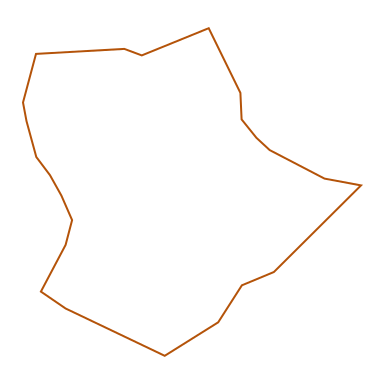 the border of Murska Sobota
{"feature_id": "SVN-1045", "entity_name": "Murska Sobota", "entity_type": "Statistical Region", "adm_level": 1, "iso_a3": "SVN", "parent_name": "Slovenia", "parent_adm1": "", "projection": "mercator", "projection_center": [16.156, 46.652], "detail": "fine", "context": "isolated", "style": "outline", "palette": "amber", "viewbox_px": 384, "rotation_deg": 0, "n_neighbors": 0, "source": "natural_earth", "source_scale": "10m", "svg_char_len": 399}
<svg xmlns="http://www.w3.org/2000/svg" viewBox="0 0 384 384"><path d="M141.8,55.4L208.7,28.2L240.4,92.9L241.6,119.4L256.4,137.8L269.7,150.1L324.5,178.6L361.0,185.4L273.9,272.0L241.9,285.3L218.2,322.3L164.7,355.8L65.6,308.5L40.9,291.6L65.6,244.9L72.1,220.1L61.4,195.6L50.0,175.2L36.3,157.0L26.5,121.1L23.0,102.5L36.0,53.9L124.3,48.9L141.8,55.4Z" fill="none" stroke="#b45309" stroke-width="2"/></svg>